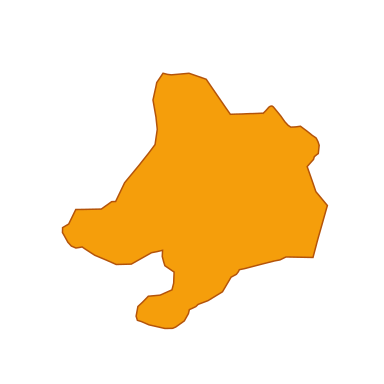 Dhamar City, Dhamar, Yemen, rotated 250°
{"feature_id": "15242507B10067021496798", "entity_name": "Dhamar City", "entity_type": "district", "adm_level": 2, "iso_a3": "YEM", "parent_name": "Yemen", "parent_adm1": "Dhamar", "projection": "robinson", "projection_center": [44.393, 14.606], "detail": "fine", "context": "isolated", "style": "filled", "palette": "amber", "viewbox_px": 384, "rotation_deg": 250, "n_neighbors": 0, "source": "geoboundaries", "source_scale": "gbopen_adm2", "svg_char_len": 2055}
<svg xmlns="http://www.w3.org/2000/svg" viewBox="0 0 384 384"><g transform="rotate(250 192 192)"><path d="M186.2,58.6L182.5,60.1L179.1,63.7L178.4,67.1L177.9,70.0L175.2,71.9L165.8,79.0L163.6,81.4L157.3,88.2L149.8,96.0L145.0,110.3L148.8,133.2L147.9,138.9L147.3,144.4L141.6,142.0L136.3,141.5L132.0,141.3L122.9,147.8L112.6,143.6L106.9,139.7L106.0,126.7L109.0,115.3L105.4,107.9L102.9,102.0L94.4,97.0L90.1,96.8L87.6,100.1L81.9,106.1L73.0,119.9L70.5,127.2L70.7,130.6L73.5,140.7L78.9,147.0L82.4,149.3L82.6,152.5L83.0,156.4L84.3,159.3L84.4,168.4L84.4,169.7L87.8,186.5L98.6,199.6L99.5,205.6L101.3,208.4L102.8,209.9L102.0,215.3L100.3,233.5L99.0,246.1L98.1,251.4L98.7,257.0L98.8,258.0L98.2,259.7L92.7,274.0L89.1,283.3L100.3,291.1L100.5,291.2L105.6,294.8L117.5,303.4L130.4,312.7L133.0,314.6L140.8,311.8L150.0,308.5L159.5,308.7L176.5,308.9L179.0,313.5L179.6,314.6L179.7,314.8L180.7,316.7L181.0,317.3L182.0,318.0L183.3,319.0L183.6,319.7L183.7,319.9L183.7,320.1L183.8,320.3L184.2,321.4L184.6,322.6L184.9,323.8L185.7,324.2L186.1,324.4L191.0,326.8L192.1,327.3L192.4,327.5L193.5,327.5L196.1,327.6L198.1,327.4L200.3,327.1L204.2,324.3L210.0,320.8L216.7,316.4L217.2,314.1L217.5,312.6L217.7,312.0L217.8,311.4L219.0,307.6L219.1,307.1L221.8,305.1L226.4,303.2L230.9,302.0L232.8,301.5L236.9,300.1L244.2,297.5L245.5,296.5L245.7,295.3L245.8,294.9L245.6,294.1L245.4,293.2L243.8,290.3L243.1,289.0L241.8,286.2L241.7,285.9L241.6,285.7L241.9,285.3L242.3,284.1L243.3,280.9L244.8,276.2L245.6,274.0L246.9,269.9L247.7,267.3L247.8,266.9L250.1,260.1L251.9,254.6L252.3,254.5L260.5,252.3L286.4,245.6L293.1,243.9L304.6,229.8L307.3,219.6L309.2,212.6L310.9,209.2L313.5,205.4L306.9,196.3L302.8,193.8L301.1,192.7L291.8,186.8L275.5,183.9L274.7,183.8L274.1,183.6L264.0,181.1L263.7,181.0L262.8,180.8L258.3,178.4L249.2,173.5L243.3,164.5L236.8,153.9L235.7,152.2L233.3,148.1L223.8,131.9L209.2,117.0L210.4,113.2L207.0,100.9L212.7,84.2L213.4,82.2L215.3,76.8L206.5,67.7L204.1,65.2L202.8,58.2L200.7,57.4L198.2,56.4L196.6,56.7L187.1,58.2L186.2,58.6Z" fill="#f59e0b" stroke="#b45309" stroke-width="1.5"/></g></svg>